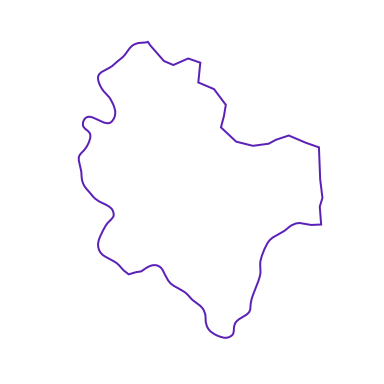 outline of Sabana Iglesia, La Vega, Dominican Republic, rotated 23°
{"feature_id": "3306468B1703224271200", "entity_name": "Sabana Iglesia", "entity_type": "district", "adm_level": 2, "iso_a3": "DOM", "parent_name": "Dominican Republic", "parent_adm1": "La Vega", "projection": "albers", "projection_center": [-70.716, 19.324], "detail": "fine", "context": "isolated", "style": "outline", "palette": "violet", "viewbox_px": 384, "rotation_deg": 23, "n_neighbors": 0, "source": "geoboundaries", "source_scale": "gbopen_adm2", "svg_char_len": 2348}
<svg xmlns="http://www.w3.org/2000/svg" viewBox="0 0 384 384"><g transform="rotate(23 192 192)"><path d="M323.6,171.5L315.3,155.5L314.4,146.5L305.0,130.2L291.4,101.3L277.7,102.2L259.0,102.2L248.8,111.2L243.7,117.6L230.0,125.7L213.0,128.4L193.4,121.2L191.7,109.5L189.1,98.6L172.1,88.7L155.0,88.7L149.1,69.7L136.3,70.6L125.2,82.4L115.0,82.4L96.2,73.3L92.7,71.0L91.7,72.0L84.3,75.9L82.1,77.8L80.2,80.0L79.5,81.3L78.4,84.2L76.6,91.9L75.6,94.8L72.1,101.4L69.4,107.1L67.6,109.7L61.8,117.0L60.6,119.7L60.4,121.2L60.5,122.7L61.8,125.5L63.7,127.9L66.0,130.1L68.6,132.1L71.4,133.8L78.7,137.1L81.5,139.0L85.4,142.3L87.7,144.8L89.7,147.5L90.4,149.0L91.3,152.1L91.4,155.1L90.8,158.0L90.2,159.4L89.2,160.6L87.9,161.5L86.4,162.0L83.4,162.5L73.6,162.2L70.4,162.3L68.9,162.6L67.5,163.1L66.2,164.0L65.3,165.2L64.7,166.5L64.4,167.8L64.5,170.6L65.5,173.1L66.3,174.1L68.5,175.4L72.0,176.4L74.2,177.3L75.3,178.1L76.1,179.2L77.2,181.8L77.7,186.4L77.4,191.1L76.4,195.6L74.9,199.3L74.2,201.8L74.1,203.1L74.3,204.5L75.5,207.2L82.0,216.3L84.8,221.8L86.4,224.4L88.4,226.7L90.6,228.6L93.3,230.2L97.5,232.2L102.7,234.9L105.5,236.0L110.3,237.0L118.3,237.4L121.4,237.8L124.3,238.7L125.5,239.4L127.5,241.3L128.9,243.6L129.2,244.9L129.1,246.2L128.4,248.6L126.4,253.6L125.7,256.9L125.1,262.2L124.8,269.3L125.0,272.8L125.7,276.2L127.1,279.2L129.0,281.6L131.4,283.5L134.3,284.8L137.4,285.4L147.0,286.3L150.1,286.8L153.1,287.8L159.8,290.9L165.9,292.5L171.9,287.6L176.2,285.0L179.9,279.3L181.8,277.0L184.0,275.0L186.7,273.7L188.2,273.3L189.8,273.2L191.3,273.4L192.9,273.8L195.4,275.2L199.9,279.1L204.7,282.8L207.3,284.2L208.9,284.8L212.0,285.5L221.7,286.6L224.9,287.1L227.8,288.1L234.5,291.2L243.6,293.4L246.6,294.6L249.0,296.2L252.0,299.4L253.4,302.0L255.3,306.0L258.0,309.6L260.3,311.5L263.1,313.0L267.9,314.1L271.2,314.3L274.4,314.2L277.6,313.8L279.1,313.4L280.5,312.8L282.9,311.1L284.5,308.9L285.0,307.7L285.3,306.4L284.9,304.0L283.7,300.7L283.1,298.1L283.1,295.3L283.5,293.8L284.8,291.0L290.1,283.6L291.3,281.0L291.6,279.6L291.4,277.0L289.7,272.0L288.7,267.2L288.3,262.0L287.9,247.8L287.3,242.6L286.5,239.3L283.3,232.6L282.2,229.7L281.6,226.5L281.2,223.2L281.0,216.5L281.4,209.9L282.1,206.6L282.7,205.1L284.3,202.1L292.3,191.6L295.2,186.1L296.8,183.6L299.9,180.4L302.4,178.9L303.9,178.3L314.5,175.8L322.5,172.0L323.6,171.5Z" fill="none" stroke="#5b21b6" stroke-width="2"/></g></svg>